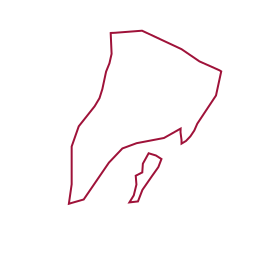 map outline of Kaskazini-Unguja (orthographic projection), rotated 209°
{"feature_id": "TZA-3383", "entity_name": "Kaskazini-Unguja", "entity_type": "Region", "adm_level": 1, "iso_a3": "TZA", "parent_name": "United Republic of Tanzania", "parent_adm1": "", "projection": "orthographic", "projection_center": [39.264, -5.876], "detail": "fine", "context": "isolated", "style": "outline", "palette": "rose", "viewbox_px": 256, "rotation_deg": 209, "n_neighbors": 0, "source": "natural_earth", "source_scale": "10m", "svg_char_len": 689}
<svg xmlns="http://www.w3.org/2000/svg" viewBox="0 0 256 256"><g transform="rotate(209 128 128)"><path d="M73.9,222.7L66.8,199.1L69.5,165.3L68.8,157.9L69.4,150.9L71.0,144.8L73.6,140.3L75.4,143.5L80.0,149.7L81.7,153.0L91.7,136.7L113.1,118.9L123.0,107.4L127.9,88.5L132.1,44.0L143.0,33.1L150.0,51.5L168.3,84.5L171.9,105.6L167.7,130.9L167.4,140.3L169.3,149.6L174.5,166.7L175.6,175.6L178.3,184.9L189.2,202.7L189.1,202.8L185.8,204.8L162.9,219.9L119.4,222.9L97.8,220.9L76.0,222.8L73.9,222.7ZM90.7,63.6L90.3,71.9L93.2,82.6L98.1,90.0L94.0,96.1L97.7,104.0L97.7,115.9L90.3,117.5L83.7,117.1L82.5,108.5L83.7,97.8L85.4,80.9L83.7,68.6L90.7,63.6Z" fill="none" stroke="#9f1239" stroke-width="2"/></g></svg>